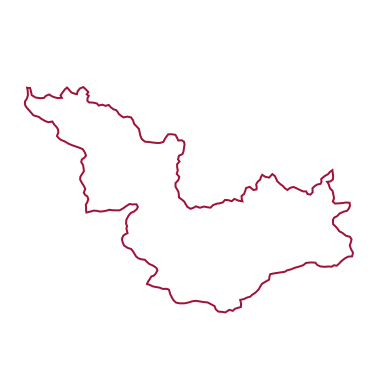 the district of Simonésia, Minas Gerais, Brazil, rotated 263°
{"feature_id": "56859067B68233274154911", "entity_name": "Simonésia", "entity_type": "district", "adm_level": 2, "iso_a3": "BRA", "parent_name": "Brazil", "parent_adm1": "Minas Gerais", "projection": "natural_earth1", "projection_center": [-41.967, -19.999], "detail": "fine", "context": "isolated", "style": "outline", "palette": "rose", "viewbox_px": 384, "rotation_deg": 263, "n_neighbors": 0, "source": "geoboundaries", "source_scale": "gbopen_adm2", "svg_char_len": 4431}
<svg xmlns="http://www.w3.org/2000/svg" viewBox="0 0 384 384"><g transform="rotate(263 192 192)"><path d="M147.1,118.1L144.4,121.3L142.8,124.7L139.9,126.4L136.9,127.7L134.8,128.7L132.8,130.6L131.4,133.4L130.5,137.0L128.5,138.4L125.6,141.0L124.4,143.3L122.9,145.3L121.0,147.4L118.3,148.1L115.4,146.0L113.7,144.0L113.1,141.3L110.8,139.6L108.5,137.5L106.2,136.1L105.0,138.6L103.1,141.6L102.0,144.9L101.1,148.0L99.4,151.1L99.0,155.0L97.9,157.2L95.4,157.6L92.7,158.1L90.6,158.9L88.4,159.7L86.2,160.9L84.1,162.8L82.9,166.6L82.4,171.6L82.9,175.9L83.5,179.0L83.5,182.6L82.3,186.9L81.3,190.2L80.5,194.0L78.0,197.6L76.0,200.5L72.8,201.2L70.1,203.5L69.4,207.1L68.4,210.4L70.5,214.7L69.1,218.0L70.8,220.3L71.4,223.2L71.9,226.5L75.2,227.1L79.0,226.7L79.4,230.3L80.5,233.7L81.0,237.0L82.7,239.3L84.2,242.4L85.7,244.5L87.3,246.4L89.6,248.0L92.4,250.3L94.4,254.9L95.6,257.9L98.4,258.5L100.9,259.6L101.2,263.0L101.3,266.3L101.4,270.4L101.5,274.4L102.7,277.0L103.1,280.4L104.3,285.0L104.9,289.2L105.8,293.5L107.7,296.5L107.6,301.5L106.8,305.9L104.3,307.4L102.5,310.3L101.5,315.0L101.5,318.2L100.8,321.5L102.0,323.8L101.2,326.7L103.0,329.3L105.1,331.7L107.4,335.5L108.8,339.0L108.6,343.1L112.2,344.4L116.1,342.8L119.7,342.1L122.7,343.5L125.5,344.6L128.3,343.3L129.8,339.5L133.1,336.3L135.1,333.4L138.1,331.8L140.7,330.0L142.7,328.2L144.9,328.2L147.2,328.6L149.2,329.9L150.4,333.2L152.7,335.9L154.0,340.1L154.4,343.5L156.4,345.6L158.9,347.1L162.1,347.1L162.8,343.7L162.7,339.5L162.9,335.6L163.1,332.6L165.4,330.6L168.4,332.2L172.0,332.0L176.1,331.6L178.6,329.5L180.9,329.0L183.5,328.5L185.6,327.4L185.6,330.6L187.2,333.3L190.2,334.0L192.8,334.0L196.6,334.0L195.0,331.2L193.1,329.2L192.0,326.4L190.6,323.9L189.1,321.8L186.4,321.8L184.4,320.5L184.2,317.4L182.9,314.4L181.0,312.0L176.9,311.7L175.0,309.2L175.9,306.4L178.7,305.4L179.0,302.5L180.5,299.9L182.8,296.4L184.6,293.5L184.2,290.0L182.4,287.0L184.3,284.7L186.9,282.9L189.3,280.4L192.3,277.9L194.7,277.2L197.6,276.3L200.0,273.9L196.9,270.3L198.1,266.7L200.5,263.8L198.3,262.1L196.1,261.3L194.2,258.5L191.7,256.6L188.9,256.8L186.7,256.3L186.5,253.3L190.1,249.8L189.3,246.1L186.4,244.9L183.8,243.5L182.0,240.7L178.9,240.5L176.6,240.9L177.8,237.0L180.0,233.2L178.0,230.3L179.5,227.0L180.1,223.7L177.9,221.3L177.4,218.0L177.4,215.4L176.5,211.4L174.2,208.5L175.0,205.4L176.1,202.1L175.4,198.0L177.3,194.1L176.2,191.7L175.5,188.5L177.9,185.5L180.7,184.2L183.2,183.3L185.7,181.1L188.1,178.4L191.1,178.6L194.0,178.5L196.3,177.5L199.3,176.3L202.8,176.7L205.5,179.9L208.7,181.2L211.9,179.0L215.1,180.5L218.5,180.3L221.4,180.6L223.7,183.3L226.1,182.1L229.6,183.5L230.8,187.2L233.4,188.5L237.4,189.6L240.2,190.4L242.8,190.2L244.6,188.1L244.8,184.6L247.6,183.8L250.8,182.5L251.9,178.5L252.1,175.4L250.4,173.7L248.3,171.8L245.2,169.7L244.6,166.3L245.0,162.8L245.7,159.8L246.6,156.4L247.7,151.5L250.5,148.7L254.1,147.6L257.9,147.3L261.1,147.0L263.6,145.2L266.8,142.8L270.5,142.2L273.5,140.6L274.7,137.0L274.4,133.1L276.4,130.8L278.2,129.0L280.2,128.1L282.4,126.8L283.7,124.1L286.1,121.6L288.6,119.9L288.0,116.8L289.6,113.5L289.2,109.9L291.5,108.4L292.9,104.3L293.4,100.8L295.2,99.3L297.8,99.7L300.0,101.3L301.8,99.4L303.8,101.3L306.2,99.6L309.4,96.9L308.5,93.5L306.0,90.8L303.1,89.7L304.1,87.0L305.5,84.4L308.2,82.7L310.9,80.7L309.4,78.4L306.7,75.8L303.9,73.3L301.3,74.2L301.7,69.8L302.7,67.2L304.0,64.8L306.2,62.1L305.3,58.8L303.4,56.5L303.6,52.7L304.9,48.1L307.7,44.7L311.7,44.4L314.9,44.0L315.6,41.0L312.6,41.3L307.8,40.9L304.7,39.4L302.4,37.4L300.1,36.9L297.8,37.2L295.0,38.8L292.6,40.5L290.2,42.1L287.5,43.9L286.3,46.5L285.1,49.3L283.4,50.9L281.4,53.4L279.8,55.8L278.8,58.1L279.0,62.0L275.7,63.5L272.8,65.6L270.4,66.7L267.5,66.6L264.0,64.8L261.8,66.2L259.7,68.2L257.9,71.6L254.8,75.6L253.0,78.8L251.4,82.1L249.5,85.9L247.8,88.8L244.2,90.5L241.0,91.2L239.1,89.3L237.7,86.6L235.2,85.7L231.8,87.2L228.3,87.3L225.7,87.2L223.4,85.2L220.7,83.0L217.9,82.5L214.5,83.8L211.3,85.4L208.1,86.4L204.4,84.5L202.2,85.5L200.4,87.6L197.6,88.2L194.4,86.7L192.5,85.1L189.6,85.0L186.8,84.6L184.5,84.7L184.9,88.3L185.5,92.3L184.8,95.7L183.8,98.1L183.7,101.7L183.9,104.8L184.4,107.7L183.6,110.9L183.1,113.9L182.6,117.8L183.9,121.1L186.0,125.0L187.7,128.6L186.9,131.4L186.6,135.3L183.9,136.5L181.6,135.0L179.6,131.9L178.7,128.7L176.2,126.1L172.5,123.5L168.7,122.7L166.0,123.4L163.9,122.4L161.6,122.7L159.0,123.0L158.2,120.6L156.8,118.3L153.9,116.7L150.7,117.0L147.1,118.1Z" fill="none" stroke="#9f1239" stroke-width="2"/></g></svg>